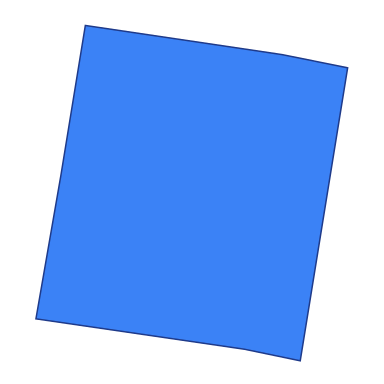 Missaukee, Michigan, United States of America (Robinson projection), rotated 99°
{"feature_id": "52423323B75954483528672", "entity_name": "Missaukee", "entity_type": "district", "adm_level": 2, "iso_a3": "USA", "parent_name": "United States of America", "parent_adm1": "Michigan", "projection": "robinson", "projection_center": [-85.123, 44.337], "detail": "fine", "context": "isolated", "style": "filled", "palette": "blue", "viewbox_px": 384, "rotation_deg": 99, "n_neighbors": 0, "source": "geoboundaries", "source_scale": "gbopen_adm2", "svg_char_len": 260}
<svg xmlns="http://www.w3.org/2000/svg" viewBox="0 0 384 384"><g transform="rotate(99 192 192)"><path d="M44.2,323.4L196.5,324.1L341.7,326.3L339.1,115.6L341.8,58.7L45.0,57.7L42.2,124.2L44.2,323.4Z" fill="#3b82f6" stroke="#1e3a8a" stroke-width="1.5"/></g></svg>